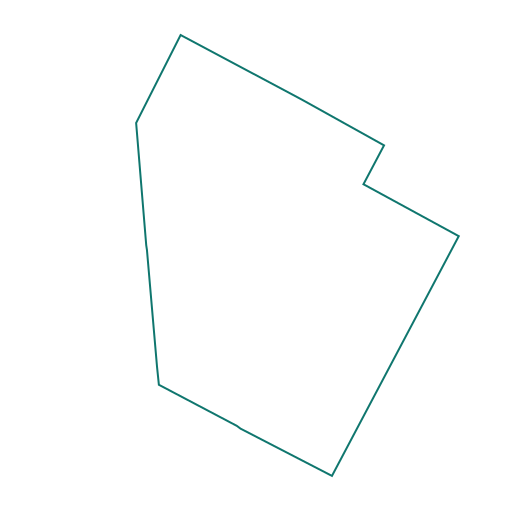 Decatur, Indiana, United States of America, rotated 118°
{"feature_id": "52423323B40737973056540", "entity_name": "Decatur", "entity_type": "district", "adm_level": 2, "iso_a3": "USA", "parent_name": "United States of America", "parent_adm1": "Indiana", "projection": "mercator", "projection_center": [-85.465, 39.292], "detail": "fine", "context": "isolated", "style": "outline", "palette": "teal", "viewbox_px": 512, "rotation_deg": 118, "n_neighbors": 0, "source": "geoboundaries", "source_scale": "gbopen_adm2", "svg_char_len": 340}
<svg xmlns="http://www.w3.org/2000/svg" viewBox="0 0 512 512"><g transform="rotate(118 256 256)"><path d="M415.3,281.3L415.0,193.0L415.7,188.6L414.5,85.7L319.6,85.9L143.3,86.3L142.2,194.8L98.2,194.9L96.4,288.6L96.3,426.3L194.8,424.3L298.0,358.0L301.9,355.1L400.1,291.5L415.3,281.3Z" fill="none" stroke="#0f766e" stroke-width="2"/></g></svg>